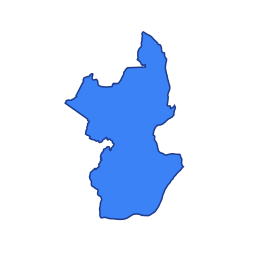 the district of Breves, Pará, Brazil, rotated 209°
{"feature_id": "56859067B92233962013090", "entity_name": "Breves", "entity_type": "district", "adm_level": 2, "iso_a3": "BRA", "parent_name": "Brazil", "parent_adm1": "Pará", "projection": "equal_earth", "projection_center": [-50.568, -1.157], "detail": "fine", "context": "isolated", "style": "filled", "palette": "blue", "viewbox_px": 256, "rotation_deg": 209, "n_neighbors": 0, "source": "geoboundaries", "source_scale": "gbopen_adm2", "svg_char_len": 5912}
<svg xmlns="http://www.w3.org/2000/svg" viewBox="0 0 256 256"><g transform="rotate(209 128 128)"><path d="M73.6,58.2L72.6,58.9L71.3,59.3L69.8,60.2L68.9,60.5L67.7,61.2L66.9,62.2L66.2,63.3L64.1,67.3L63.9,68.0L63.6,69.5L63.4,71.5L63.3,74.4L63.4,76.1L63.9,81.9L64.3,83.4L64.9,85.6L65.2,87.5L65.4,89.5L65.7,91.3L65.8,92.5L65.6,94.3L65.6,95.9L65.5,96.8L65.5,97.7L65.0,99.6L64.8,101.2L64.9,102.7L64.1,105.4L64.2,107.7L64.0,108.3L63.5,109.4L63.3,111.4L62.7,113.5L62.6,114.2L61.8,116.2L61.6,117.1L61.4,118.7L61.1,120.0L60.8,121.0L61.7,121.2L62.3,121.4L63.5,122.4L64.2,123.4L64.8,124.6L65.3,125.9L65.7,126.6L66.1,127.1L67.4,127.8L68.2,128.6L68.6,129.1L69.5,129.9L70.1,129.9L70.7,129.7L73.0,128.4L75.6,127.5L77.3,126.6L78.4,125.8L81.0,123.3L82.3,122.4L83.2,122.3L84.9,122.7L86.9,122.2L87.7,122.1L88.5,122.2L90.0,122.6L91.9,124.4L93.9,126.9L94.6,127.5L95.5,128.5L96.5,129.2L97.8,129.8L99.2,130.7L99.7,131.5L100.0,132.4L100.5,133.6L100.8,133.9L101.1,134.0L102.3,134.0L102.6,134.1L102.8,134.4L103.6,136.7L104.0,138.1L104.2,140.0L104.3,141.5L104.1,143.4L103.8,144.4L103.2,144.5L102.8,145.3L101.4,146.2L100.0,147.7L99.4,148.9L98.4,151.2L97.8,153.4L97.2,155.0L96.6,156.1L95.8,157.2L95.2,158.3L94.6,159.2L94.6,159.8L94.5,160.4L94.3,160.8L94.2,161.7L94.4,162.1L94.6,162.4L94.9,162.8L95.6,164.6L96.2,167.8L96.4,168.7L96.6,169.0L97.7,169.9L98.3,170.2L98.2,169.6L98.5,168.2L99.3,167.1L99.4,166.6L99.7,166.2L100.2,165.6L100.5,165.9L100.8,166.6L101.2,167.0L101.4,167.4L101.9,167.7L103.3,166.8L104.6,166.7L105.2,167.9L105.6,169.2L106.7,172.0L107.9,174.7L109.0,175.8L109.5,176.8L110.3,181.9L110.7,182.9L111.5,184.5L113.0,186.0L114.3,187.2L115.7,188.8L117.1,190.1L118.8,192.1L119.5,193.1L121.2,194.6L122.0,195.6L122.4,196.3L123.7,197.5L124.4,198.5L125.0,199.6L125.3,200.5L126.1,202.3L127.0,205.5L127.7,207.0L128.0,207.2L129.5,207.7L130.3,208.2L130.9,208.8L132.3,211.0L132.8,211.3L133.1,211.3L134.3,210.8L134.8,210.9L135.4,211.2L136.4,212.4L136.8,213.1L138.1,214.8L139.1,215.7L140.4,216.3L140.7,216.3L141.2,215.9L141.8,215.7L142.1,215.8L143.5,216.7L143.9,216.8L147.1,217.7L148.7,218.1L151.3,219.1L152.5,219.3L154.7,219.4L155.7,219.2L157.3,219.3L159.1,219.3L161.1,219.5L161.4,219.3L161.6,217.8L161.5,217.2L160.7,216.2L160.1,215.8L159.8,214.8L159.3,213.4L158.1,211.1L157.7,209.3L157.5,208.6L156.0,206.5L155.9,206.0L155.9,205.5L156.6,203.0L156.6,202.4L156.4,200.0L156.2,199.4L154.3,195.7L153.3,194.6L153.1,194.0L153.1,193.0L153.0,192.3L152.6,192.1L151.6,192.4L150.8,191.9L149.8,191.9L149.3,191.7L147.8,190.7L147.5,190.3L147.1,190.1L146.5,190.2L145.8,189.7L145.5,190.1L145.1,190.3L144.6,190.8L144.3,191.0L143.9,190.9L143.3,191.4L142.9,190.4L142.4,189.6L157.5,180.6L158.2,178.8L158.4,178.1L158.4,177.4L158.2,176.8L158.7,174.9L157.9,173.1L157.7,170.9L157.8,169.8L157.7,169.4L157.6,166.8L157.4,166.5L157.6,166.0L157.6,165.0L157.8,164.6L157.8,163.7L157.9,163.2L157.9,162.8L158.1,162.4L158.4,161.9L159.1,161.8L159.3,161.4L160.9,160.7L161.1,160.4L161.3,160.0L161.6,160.3L161.9,160.3L162.3,159.9L162.4,159.2L162.6,158.8L162.0,156.6L163.0,155.8L164.6,154.9L166.3,153.6L167.8,152.9L168.9,152.2L171.9,151.2L173.3,151.0L174.1,151.0L174.6,151.1L174.9,151.3L175.5,151.9L177.4,154.4L178.7,155.1L179.5,155.1L180.6,154.0L181.2,153.4L181.6,153.3L181.9,153.2L182.6,153.4L183.3,153.9L183.8,154.6L184.5,157.1L184.9,158.1L185.4,158.2L186.0,157.9L186.2,157.6L186.9,155.9L187.1,154.0L187.9,153.7L188.5,153.2L189.0,152.7L189.5,151.9L189.7,151.5L190.4,151.1L190.7,150.6L190.5,148.2L189.6,147.8L189.1,131.2L188.8,131.0L188.1,130.5L188.8,129.5L189.3,127.6L189.6,127.1L190.7,125.9L190.8,125.4L191.0,124.9L192.6,123.9L193.2,123.7L193.5,123.7L193.9,123.5L194.3,122.8L194.8,122.5L195.2,122.1L195.2,121.5L194.8,120.6L195.0,119.7L195.0,119.3L167.7,116.3L167.3,115.6L166.8,115.0L166.0,115.1L165.2,114.8L164.9,114.6L164.9,114.0L165.4,112.5L165.3,111.9L164.7,111.1L164.3,108.7L164.0,108.2L163.3,107.3L163.5,105.6L163.0,104.5L162.8,103.6L162.5,103.2L162.3,102.6L162.1,102.1L161.1,102.1L160.3,101.9L159.6,102.1L158.6,102.2L157.4,102.2L156.8,101.9L156.7,101.5L156.8,101.0L156.8,100.5L156.4,100.4L154.9,100.3L151.4,101.3L150.1,101.1L149.5,101.1L149.1,101.2L148.3,102.2L147.8,102.4L147.5,102.3L146.8,101.7L146.3,101.5L145.9,101.5L145.5,101.8L144.5,102.8L144.3,103.3L144.1,103.9L144.1,105.5L144.0,106.1L143.3,106.9L143.1,107.3L142.5,109.2L142.1,109.3L141.8,109.2L141.1,108.2L140.5,107.7L140.1,107.7L139.8,107.8L139.5,108.3L139.2,109.2L138.9,109.6L138.5,109.6L137.3,108.9L136.4,109.1L135.6,109.1L134.3,107.5L132.8,107.6L132.5,107.2L132.3,106.7L132.2,106.0L132.4,104.0L132.7,102.7L132.7,102.0L132.5,101.4L132.2,100.8L132.2,100.3L132.4,99.9L133.2,99.8L133.6,99.9L133.8,100.3L134.2,101.3L134.7,102.0L135.1,102.3L135.6,102.3L136.8,101.7L137.2,101.2L137.4,99.7L137.5,99.3L137.8,98.8L138.7,98.0L138.9,97.6L138.9,97.2L138.8,96.8L138.2,96.0L138.1,95.3L138.7,94.4L138.8,93.9L138.7,91.7L138.2,89.6L138.0,89.3L137.6,89.2L137.3,89.2L136.9,89.1L136.8,88.5L137.0,87.9L136.8,87.4L135.6,87.3L135.4,87.0L135.5,86.6L136.0,85.8L136.0,85.3L135.7,84.5L135.7,83.7L136.0,82.1L135.6,81.6L135.2,81.3L135.0,80.9L134.7,80.3L134.7,79.8L135.3,78.8L135.9,76.4L136.2,76.1L136.9,76.7L137.3,76.6L137.6,76.0L137.7,75.0L138.0,74.5L138.2,74.2L138.4,73.2L139.0,71.7L139.2,70.8L139.1,70.3L138.7,69.5L138.0,66.6L136.6,65.1L134.9,64.1L134.3,63.6L133.7,62.9L133.2,61.7L132.4,60.4L131.3,59.8L129.3,59.7L127.7,59.4L124.7,59.4L123.9,58.9L123.5,57.9L122.9,56.0L122.7,55.7L121.9,55.1L121.0,54.7L119.7,54.8L119.0,54.9L118.6,54.8L117.3,53.6L116.4,52.7L116.2,52.2L116.0,50.3L115.7,48.8L115.1,47.7L114.7,46.7L113.7,43.5L112.9,42.4L111.7,40.9L110.9,39.1L109.9,37.6L108.7,36.6L108.4,36.5L108.0,36.5L107.3,36.7L106.9,37.1L106.4,37.6L105.1,38.5L103.9,39.0L100.6,39.7L99.9,40.0L99.1,40.3L98.0,41.0L92.5,43.3L90.4,44.3L89.8,44.8L87.8,46.0L86.8,46.9L86.5,47.3L86.2,47.5L84.9,49.1L83.4,51.7L82.3,53.9L81.1,55.4L80.6,55.7L79.6,56.5L79.0,56.8L78.8,57.1L77.7,57.5L75.1,58.3L73.6,58.2Z" fill="#3b82f6" stroke="#1e3a8a" stroke-width="1.5"/></g></svg>